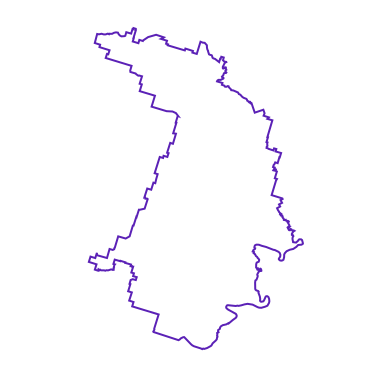 Ipswich, Queensland, Australia, rotated 98°
{"feature_id": "25037944B52648858671508", "entity_name": "Ipswich", "entity_type": "district", "adm_level": 2, "iso_a3": "AUS", "parent_name": "Australia", "parent_adm1": "Queensland", "projection": "albers", "projection_center": [152.701, -27.678], "detail": "fine", "context": "isolated", "style": "outline", "palette": "violet", "viewbox_px": 384, "rotation_deg": 98, "n_neighbors": 0, "source": "geoboundaries", "source_scale": "gbopen_adm2", "svg_char_len": 5956}
<svg xmlns="http://www.w3.org/2000/svg" viewBox="0 0 384 384"><g transform="rotate(98 192 192)"><path d="M229.7,79.5L228.9,76.2L228.0,75.1L227.4,75.0L224.3,76.3L223.7,77.4L223.9,79.1L224.4,79.7L225.4,80.1L227.6,81.9L227.6,84.9L224.4,86.0L222.5,86.0L221.8,85.5L220.9,85.8L220.7,86.1L220.6,87.1L219.5,87.3L217.0,86.2L216.2,85.2L215.9,85.9L216.1,87.6L215.1,88.4L215.1,89.0L214.9,89.4L216.2,89.6L216.3,90.4L216.1,90.8L213.8,92.4L213.2,91.9L213.3,91.1L212.6,90.5L212.5,91.2L211.3,91.0L208.3,93.4L208.1,92.1L207.8,92.0L207.4,92.5L207.2,95.0L206.5,95.3L207.0,96.7L206.9,97.2L205.6,97.5L205.1,98.3L204.4,98.9L204.0,98.7L202.8,99.3L203.1,100.3L202.9,100.7L202.4,100.4L202.0,100.7L201.3,100.5L201.0,101.1L201.3,101.8L200.6,101.8L199.7,103.0L199.3,103.1L198.2,104.2L196.2,105.5L194.1,102.7L192.2,104.1L190.2,101.3L187.7,103.2L186.3,101.3L185.8,101.6L184.0,112.7L169.0,110.4L167.3,109.7L166.9,111.9L159.9,110.8L159.5,112.0L158.3,112.0L158.7,113.2L159.3,113.5L159.2,114.5L158.2,114.1L158.4,113.7L158.1,113.2L157.6,113.1L156.3,113.4L156.0,115.2L153.9,114.9L153.1,114.3L151.1,113.7L151.5,111.2L145.4,110.3L145.5,109.9L141.0,109.2L140.2,114.9L137.7,114.5L137.4,116.8L139.5,117.2L138.6,122.3L138.1,123.2L138.0,124.3L136.7,124.3L135.8,123.7L133.7,124.3L132.4,124.1L132.2,125.2L127.3,124.4L127.3,125.0L109.8,122.4L109.1,127.5L107.4,126.3L106.5,131.7L103.9,131.1L100.6,132.8L104.7,140.9L95.6,145.5L95.5,145.8L95.9,146.3L94.6,147.0L94.6,147.3L95.4,147.5L95.2,148.0L94.1,149.3L93.9,150.0L92.8,150.5L92.2,151.2L91.5,154.1L90.7,155.6L88.9,157.7L88.5,159.2L87.1,160.2L85.7,165.1L85.7,167.3L85.2,167.4L83.2,170.0L82.2,170.5L82.2,171.5L82.9,172.3L83.1,173.7L83.0,174.2L82.2,174.7L81.7,177.3L79.8,177.0L79.0,182.6L78.2,182.4L77.3,181.5L77.0,179.2L75.4,176.8L74.8,176.6L74.5,176.9L74.3,178.0L73.6,178.4L72.1,177.3L70.0,176.9L69.5,176.0L69.5,175.0L68.9,174.6L67.8,175.8L67.1,175.8L66.2,175.0L65.0,175.7L64.0,175.8L63.9,176.6L64.8,177.1L65.3,177.9L65.4,178.4L65.1,178.7L63.8,178.9L59.8,177.6L59.0,176.9L58.6,176.1L58.4,176.2L58.4,178.0L57.3,179.6L54.4,179.3L54.0,181.8L56.3,182.2L56.2,182.7L59.6,183.2L57.0,187.7L56.7,189.5L56.1,190.4L54.6,191.0L53.8,191.6L53.7,193.0L53.3,194.3L50.4,195.7L50.0,195.7L48.8,196.6L46.9,197.3L44.6,197.7L42.5,200.2L42.6,202.1L42.0,204.5L54.6,206.5L53.9,211.0L52.2,210.7L50.9,218.5L52.8,218.8L50.1,236.5L49.1,236.3L48.8,238.3L45.7,237.8L44.7,243.9L43.7,242.3L42.8,241.3L41.3,249.4L44.7,257.0L48.8,261.6L49.3,261.7L48.7,265.3L52.1,265.8L51.2,271.6L47.8,271.1L47.8,271.4L39.5,270.1L39.4,270.7L38.2,270.5L37.8,272.8L39.1,273.0L39.0,273.6L43.6,274.3L42.9,279.3L46.6,279.8L47.1,280.7L47.7,283.6L47.0,285.3L45.9,286.6L44.5,287.5L44.5,289.5L45.2,291.4L46.5,293.2L46.8,296.0L47.3,296.1L47.0,297.7L47.9,299.3L48.1,300.2L48.2,301.4L47.9,303.6L48.8,306.1L48.7,307.9L58.0,309.0L58.9,303.5L61.4,303.8L63.1,293.4L67.3,294.1L67.1,295.4L71.3,296.1L75.5,269.4L80.3,270.1L81.7,269.7L82.5,264.3L83.1,263.7L84.3,261.4L84.0,260.6L84.4,257.6L92.1,258.9L92.4,256.7L99.4,257.8L101.8,242.1L113.1,243.9L115.5,228.4L115.0,222.5L116.1,218.9L118.7,216.3L118.6,216.7L125.6,217.8L125.6,217.1L136.5,218.8L136.5,216.0L146.9,217.6L146.4,220.4L156.6,222.1L156.8,220.6L160.7,221.3L160.1,225.2L162.3,225.4L161.8,228.8L178.6,231.6L179.1,228.5L183.8,229.2L188.4,229.6L188.1,231.5L195.4,232.7L194.8,236.8L204.1,238.4L203.9,237.7L205.1,237.2L204.9,236.6L204.8,235.6L205.2,234.9L215.1,236.6L216.8,241.1L216.9,242.1L224.6,243.4L224.4,243.7L233.4,245.2L233.5,245.9L244.6,247.6L247.3,251.2L246.2,258.9L258.0,260.7L258.4,261.1L259.5,261.1L260.4,262.4L259.9,265.7L269.2,267.0L267.8,277.3L265.5,277.7L270.9,278.6L270.1,283.5L275.6,284.4L276.9,276.5L282.4,277.4L283.0,274.1L281.6,273.9L282.4,272.7L281.7,272.2L282.2,271.2L281.8,268.2L282.0,266.9L281.4,265.9L281.3,264.2L279.9,261.3L280.2,259.4L279.9,258.7L278.7,259.1L278.0,258.7L277.7,259.0L275.0,258.7L274.4,258.3L274.2,259.8L269.7,259.1L270.5,253.4L270.1,253.3L270.9,248.2L271.5,248.3L272.3,242.3L274.0,242.5L273.9,241.6L274.2,241.3L273.9,240.8L274.3,240.6L274.2,239.9L280.2,240.9L280.6,238.2L283.5,238.6L284.0,234.9L287.0,235.4L286.6,238.6L287.7,240.5L291.7,241.1L291.8,240.2L299.2,241.4L299.8,237.6L308.3,239.1L309.1,234.6L313.6,235.3L317.9,208.0L332.6,210.4L333.4,210.1L335.7,210.9L336.0,210.6L340.6,184.7L339.6,183.5L338.4,182.6L337.0,180.5L336.8,179.5L342.9,171.8L343.8,170.4L344.5,168.5L345.7,161.4L346.2,160.0L345.5,159.2L345.7,158.1L344.4,155.3L342.0,152.1L341.3,151.4L339.0,150.5L335.8,147.8L334.5,147.0L332.1,146.9L331.8,146.6L330.6,147.2L330.1,147.0L328.2,147.5L328.0,147.0L327.1,146.2L326.6,146.8L325.1,146.9L323.7,145.4L322.2,145.3L321.0,144.7L319.6,143.0L318.3,139.6L316.8,137.7L317.1,137.4L313.2,133.9L310.5,131.1L309.2,130.5L307.9,130.6L306.6,131.6L303.4,139.9L302.3,141.7L301.2,142.2L300.1,141.9L299.4,141.5L299.1,140.8L298.8,132.9L298.2,131.1L298.3,130.1L297.4,127.5L296.0,124.4L295.0,121.4L295.1,116.3L296.9,111.0L297.2,109.4L297.0,107.2L295.4,103.6L294.1,101.5L291.1,100.3L289.4,100.2L287.0,100.8L285.4,101.7L284.9,102.5L284.7,103.1L284.9,104.0L285.4,104.5L289.0,105.5L290.3,106.1L291.0,107.8L291.0,108.6L290.6,109.2L290.0,109.5L288.3,109.6L286.0,110.3L282.5,112.2L281.4,112.1L280.8,112.8L280.5,114.6L279.9,115.5L279.1,115.9L272.9,116.9L270.8,116.9L269.8,115.9L266.7,115.2L265.7,115.3L265.1,115.8L264.5,115.9L261.6,114.8L260.9,113.9L260.5,112.4L259.8,112.4L258.5,113.2L258.4,113.6L259.2,114.5L259.9,116.1L259.8,116.5L259.4,116.7L258.4,116.3L258.3,117.5L257.8,118.0L254.5,118.4L252.9,118.1L251.7,116.2L249.9,116.0L248.7,116.9L248.3,117.7L247.3,118.4L246.4,119.9L244.9,120.8L244.8,121.3L244.1,121.8L244.0,122.4L242.8,122.3L242.5,123.6L240.9,123.1L239.8,121.8L238.9,121.6L238.6,122.3L238.0,122.6L236.2,122.3L235.2,121.0L234.9,118.5L235.6,115.3L236.1,111.0L237.9,103.4L237.9,102.0L239.2,98.0L240.2,96.6L242.0,95.7L243.8,95.7L245.9,96.7L246.6,96.6L247.4,95.6L247.6,94.2L247.1,92.8L246.3,92.0L243.7,91.7L241.0,92.0L239.6,91.5L237.5,90.1L235.6,87.2L234.3,83.8L231.8,81.0L229.7,79.5Z" fill="none" stroke="#5b21b6" stroke-width="2"/></g></svg>